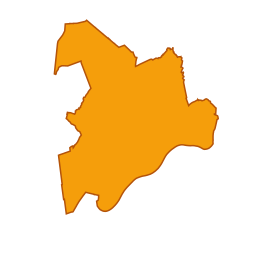 Zwolle, Overijssel, Netherlands, rotated 282°
{"feature_id": "6326949B35922882821703", "entity_name": "Zwolle", "entity_type": "district", "adm_level": 2, "iso_a3": "NLD", "parent_name": "Netherlands", "parent_adm1": "Overijssel", "projection": "equal_earth", "projection_center": [6.14, 52.514], "detail": "fine", "context": "isolated", "style": "filled", "palette": "amber", "viewbox_px": 256, "rotation_deg": 282, "n_neighbors": 0, "source": "geoboundaries", "source_scale": "gbopen_adm2", "svg_char_len": 5601}
<svg xmlns="http://www.w3.org/2000/svg" viewBox="0 0 256 256"><g transform="rotate(282 128 128)"><path d="M216.7,45.0L210.1,45.9L209.6,45.9L205.4,44.8L198.6,41.6L198.1,41.5L195.9,41.5L165.7,44.7L165.7,44.9L165.5,45.1L165.6,45.6L165.7,45.8L165.5,46.2L165.7,46.3L166.2,46.4L166.5,46.3L167.0,46.4L168.3,46.4L169.7,47.1L170.9,47.5L172.7,47.6L173.1,47.8L173.8,48.6L174.5,49.6L174.9,49.9L175.1,50.3L175.5,52.1L176.2,56.2L183.7,68.1L182.0,68.7L181.7,68.9L159.1,83.5L155.7,81.8L154.8,81.5L154.5,81.6L151.2,80.0L149.6,79.7L149.2,79.5L149.1,79.2L148.8,78.7L148.7,78.5L148.0,78.3L148.1,78.2L147.4,78.1L147.2,78.1L146.9,78.2L146.3,78.8L145.5,78.8L144.4,78.6L143.7,78.2L143.2,77.8L142.8,77.7L142.6,77.8L142.4,77.8L142.1,77.5L141.9,77.5L142.1,77.6L141.8,77.6L141.5,77.8L141.3,77.8L139.0,77.0L138.2,77.3L137.5,76.4L137.4,76.0L137.2,76.1L137.1,75.9L136.7,76.0L136.8,75.8L136.4,75.7L136.0,75.4L135.7,75.0L135.3,74.2L134.9,73.7L133.9,73.3L133.7,73.3L133.5,73.0L133.0,73.3L132.6,73.3L131.5,73.3L130.5,73.0L130.4,72.9L130.6,72.2L130.7,70.8L131.0,68.8L130.8,67.0L130.6,67.0L130.6,66.7L130.7,65.5L128.8,65.4L128.8,65.9L125.4,65.7L124.4,65.6L124.0,66.4L123.8,66.9L122.3,68.9L122.0,69.8L120.4,71.5L120.0,72.7L120.0,73.5L119.8,74.2L119.5,74.7L119.3,75.6L119.1,75.8L118.9,76.1L118.5,76.3L117.5,76.7L117.1,77.0L115.1,79.2L114.8,79.7L114.6,80.9L114.4,81.3L114.2,81.8L111.4,83.8L110.1,83.2L109.9,83.2L109.6,83.0L108.8,82.6L106.7,82.3L103.6,81.5L100.9,80.1L100.6,79.6L99.9,79.4L98.3,79.0L97.2,78.5L99.0,77.8L98.1,76.4L96.6,75.2L93.4,76.3L90.4,71.4L90.2,71.0L90.0,70.8L88.0,67.4L87.8,67.2L87.7,66.9L86.9,65.7L59.0,75.4L58.7,74.9L44.7,79.9L45.1,80.6L31.2,85.5L33.7,89.6L34.0,90.2L34.2,90.6L34.2,90.8L34.3,91.1L34.7,91.7L35.1,91.8L41.5,93.9L41.4,93.8L46.1,95.4L46.3,95.5L51.8,97.9L56.3,100.0L56.1,108.3L55.8,108.8L56.0,109.0L56.0,113.3L55.1,113.4L54.4,113.6L54.2,113.7L53.5,113.7L52.9,113.8L52.2,113.9L51.6,113.8L51.0,113.8L49.9,112.5L45.3,114.2L43.8,115.8L43.0,116.8L42.3,117.9L41.7,120.1L41.6,120.9L41.6,121.9L41.7,122.7L41.9,123.6L42.1,124.1L42.7,125.3L43.8,126.8L45.4,128.4L46.9,129.6L49.7,131.4L50.8,132.0L52.1,132.7L55.4,134.1L62.1,136.0L65.7,137.3L67.4,138.1L69.8,139.4L77.5,144.2L78.9,145.2L80.4,146.5L81.0,147.3L82.4,149.4L83.9,152.1L84.9,154.6L85.7,156.3L86.5,157.7L87.4,159.3L88.6,160.8L89.5,161.8L91.5,163.6L92.9,164.6L94.8,165.9L96.1,166.5L98.0,167.4L100.8,168.4L106.2,169.9L108.1,170.5L109.9,171.2L111.2,171.9L113.8,173.5L115.8,175.0L116.5,175.6L119.3,178.2L120.8,179.9L121.4,180.9L121.8,181.6L122.5,183.1L122.8,184.2L123.0,185.5L123.1,188.4L123.3,190.4L123.6,192.5L124.2,194.8L124.4,195.9L124.5,196.9L124.5,198.3L124.6,199.8L124.4,201.5L124.0,203.1L123.2,205.6L123.1,206.0L123.0,207.0L123.4,208.4L123.9,209.6L124.5,210.6L125.3,211.6L125.9,212.1L127.0,212.9L128.0,213.5L130.2,214.5L132.0,214.0L133.2,213.8L133.9,213.8L134.0,213.7L134.3,213.6L138.1,212.8L140.5,212.5L141.9,212.5L142.8,212.4L143.3,212.5L144.9,213.1L146.0,213.2L151.1,213.3L154.8,213.3L155.4,214.1L156.0,214.3L157.2,213.8L158.1,213.4L158.3,213.3L158.6,212.9L158.6,212.7L158.9,211.8L159.0,211.2L159.0,210.9L159.1,210.6L159.2,209.8L159.6,209.6L160.3,210.8L165.8,210.0L166.2,209.0L166.6,208.6L167.4,207.4L168.6,205.7L169.7,203.5L169.9,203.4L170.8,203.2L171.0,203.0L171.3,202.7L171.4,201.6L171.5,201.3L172.0,200.8L172.3,200.4L172.7,199.1L172.8,198.7L172.6,198.1L171.9,197.2L171.3,196.8L171.0,196.5L170.0,194.7L170.1,194.4L170.4,193.7L170.2,193.2L170.3,192.5L170.1,192.2L169.6,191.4L169.5,191.0L169.7,190.9L170.2,190.9L170.2,190.4L170.3,190.3L170.0,190.3L169.7,190.0L169.5,189.7L169.2,189.3L168.1,188.2L166.7,186.1L165.6,184.9L164.7,184.1L164.0,183.5L162.5,182.7L169.2,178.6L169.8,179.1L179.4,174.9L179.7,174.7L179.9,174.7L184.1,172.9L185.9,172.7L186.7,173.0L187.8,171.2L189.9,171.6L190.0,171.6L189.9,171.9L190.1,171.9L191.1,170.3L191.7,170.3L191.8,170.5L192.4,170.7L193.8,170.7L194.1,170.5L193.2,168.9L193.7,168.4L196.5,168.8L196.7,169.0L197.3,169.1L198.0,169.3L198.1,169.2L198.6,168.3L198.7,168.1L198.8,167.5L198.7,167.2L199.3,167.2L200.7,167.2L200.7,167.3L200.8,167.5L204.2,167.4L204.9,167.4L205.1,167.0L205.8,166.1L207.4,166.1L207.7,166.2L208.4,164.8L208.8,164.8L208.7,164.6L208.1,162.5L207.5,161.7L208.5,160.8L208.8,160.8L209.1,160.3L209.4,160.0L209.7,159.6L209.5,159.4L210.6,157.8L210.8,157.6L211.7,157.1L211.4,156.8L211.9,156.5L212.6,156.2L213.3,155.9L214.0,155.6L215.0,155.5L214.9,155.4L215.6,155.3L215.6,155.2L214.9,155.4L213.5,153.1L214.6,152.7L214.8,152.2L214.7,151.9L214.4,151.6L214.6,151.0L214.6,150.8L214.6,150.6L214.4,150.2L214.2,150.1L212.8,149.6L211.8,150.0L211.5,149.8L210.9,149.3L210.5,149.1L210.1,148.9L209.9,148.9L209.6,148.6L209.3,148.5L209.1,148.4L208.9,148.2L208.4,147.8L207.7,147.7L207.4,147.1L207.3,146.9L206.7,147.1L206.4,147.0L206.3,146.8L206.4,146.5L206.3,146.4L206.2,146.3L205.2,145.8L204.8,146.1L204.7,146.1L204.3,145.5L203.9,145.4L203.6,145.2L203.2,144.2L203.3,143.8L203.2,143.5L202.4,142.9L202.2,142.9L202.3,141.8L202.0,140.6L201.3,139.9L200.2,138.6L199.7,138.1L200.0,137.6L200.1,137.3L200.2,136.9L200.1,136.5L199.8,136.2L199.9,135.9L199.8,135.6L192.3,125.7L191.4,124.8L189.8,122.6L190.9,122.3L194.7,121.9L197.8,121.9L198.3,122.1L198.8,122.0L198.8,121.8L198.4,121.8L198.6,121.0L198.9,120.1L201.7,118.0L203.3,117.1L203.2,116.7L203.0,115.6L203.2,115.2L203.3,115.2L203.8,114.3L204.8,112.8L208.2,107.3L205.0,102.2L205.6,101.2L207.3,97.8L207.9,97.3L207.9,97.2L207.9,96.7L210.2,92.5L210.4,92.4L211.4,90.7L211.1,90.8L211.5,89.9L219.4,75.1L219.5,75.1L219.5,74.9L220.4,73.2L224.8,65.1L223.5,64.2L219.9,56.5L219.8,56.3L219.0,52.8L218.8,52.8L218.1,49.3L217.9,49.3L216.7,45.0Z" fill="#f59e0b" stroke="#b45309" stroke-width="1.5"/></g></svg>